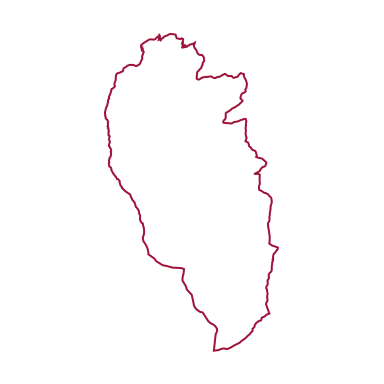 Bautar, Caras-Severin, Romania, rotated 13°
{"feature_id": "2599482B84127297992205", "entity_name": "Bautar", "entity_type": "district", "adm_level": 2, "iso_a3": "ROU", "parent_name": "Romania", "parent_adm1": "Caras-Severin", "projection": "orthographic", "projection_center": [22.618, 45.485], "detail": "fine", "context": "isolated", "style": "outline", "palette": "rose", "viewbox_px": 384, "rotation_deg": 13, "n_neighbors": 0, "source": "geoboundaries", "source_scale": "gbopen_adm2", "svg_char_len": 5905}
<svg xmlns="http://www.w3.org/2000/svg" viewBox="0 0 384 384"><g transform="rotate(13 192 192)"><path d="M257.8,146.5L252.9,143.7L248.2,143.7L246.6,143.3L247.0,142.0L245.0,138.3L244.1,137.7L241.8,137.4L240.5,136.8L239.1,135.3L237.6,134.8L236.2,132.0L235.6,131.2L232.7,130.5L233.0,126.7L232.2,125.8L231.4,124.0L230.8,121.6L230.6,119.2L229.8,117.8L229.7,115.1L229.1,113.1L229.1,110.9L228.2,109.4L227.9,108.7L226.4,109.0L225.8,109.6L223.8,110.6L220.8,112.9L217.2,114.4L215.3,116.3L207.9,117.4L207.2,117.4L206.6,116.9L206.7,115.5L207.9,113.5L208.1,112.5L208.0,111.3L207.2,108.2L207.2,107.4L210.6,104.1L212.4,101.6L214.9,99.6L218.1,96.2L220.8,92.0L220.4,91.3L218.3,90.2L217.9,88.0L218.4,85.1L220.6,83.3L221.7,82.0L220.9,80.3L221.6,78.3L221.5,77.0L221.2,75.9L221.4,74.7L219.4,70.9L216.4,67.6L216.2,65.6L212.7,65.2L211.1,67.7L210.6,69.3L207.2,71.3L206.0,71.2L204.6,70.1L200.9,70.9L198.9,69.9L197.5,69.5L195.8,70.8L192.7,73.7L190.8,74.2L189.1,75.8L187.1,75.9L184.6,75.0L180.6,76.6L179.8,76.6L177.0,77.8L175.2,79.1L174.4,80.1L173.2,81.0L171.4,80.8L170.7,79.6L170.8,78.5L170.5,77.9L170.4,75.6L170.1,74.4L170.4,73.4L171.2,72.4L171.7,71.1L173.2,69.0L173.1,67.5L173.7,65.8L173.4,64.7L173.5,64.1L173.7,62.8L174.4,61.8L174.0,60.3L173.0,57.8L171.1,56.3L168.5,56.7L166.5,55.9L164.1,52.6L162.1,51.0L161.3,49.8L160.7,48.5L161.2,46.4L161.2,45.9L159.8,47.3L156.7,48.9L155.7,50.1L155.0,50.5L154.5,51.5L150.1,53.5L149.8,53.1L150.0,52.4L151.3,52.4L151.7,51.6L152.3,51.0L152.4,50.6L152.1,50.5L151.0,50.8L150.4,50.4L150.2,50.7L149.7,50.6L149.6,50.3L149.8,50.1L149.5,49.5L149.3,49.3L149.1,49.6L148.9,49.6L149.0,48.6L149.5,48.4L149.4,47.5L149.0,46.8L148.9,45.0L148.0,45.1L147.5,44.6L145.8,45.7L142.5,45.6L140.5,42.3L135.0,42.9L132.4,45.2L130.2,46.6L129.0,48.5L127.8,49.6L127.4,51.2L126.7,50.8L126.2,49.7L125.8,50.9L125.5,51.1L125.6,50.4L125.4,50.1L125.5,49.3L125.8,49.1L126.0,48.5L125.3,46.7L124.9,46.4L124.9,47.1L123.4,48.7L123.1,49.5L122.9,49.5L121.5,51.7L120.5,52.1L117.5,52.5L115.9,53.2L110.7,58.4L110.2,59.5L109.5,60.1L109.4,60.9L110.2,62.3L110.0,62.5L110.3,62.8L110.5,62.7L110.4,63.0L111.0,63.3L110.8,63.4L111.2,63.4L111.2,63.8L110.8,63.7L110.9,64.0L111.0,64.0L111.2,64.5L111.8,64.6L111.5,65.1L111.9,65.2L112.1,65.3L112.0,65.6L113.0,65.8L113.3,66.7L113.5,66.8L113.2,67.6L113.2,68.9L112.8,70.7L113.5,72.9L113.4,74.1L112.9,75.8L112.7,77.5L112.1,79.5L111.8,79.6L110.4,81.1L109.1,81.9L107.7,81.8L106.9,81.4L105.9,81.5L102.8,82.1L101.0,83.2L100.0,84.3L99.8,84.8L97.7,86.6L97.4,88.3L97.5,89.3L97.2,90.2L95.8,91.0L95.0,91.8L92.5,93.2L92.2,93.6L91.7,95.4L91.7,96.1L92.0,97.1L92.0,98.3L92.3,99.0L92.4,101.0L92.0,103.4L92.1,104.4L93.0,106.0L93.1,106.5L91.8,108.6L90.4,109.9L90.6,111.4L90.4,111.7L90.5,113.7L90.2,114.6L90.1,116.0L89.7,117.7L89.8,118.6L90.3,119.5L89.7,120.6L89.6,121.9L89.8,122.4L89.7,122.5L90.0,123.0L89.8,125.4L90.0,126.6L89.9,127.4L89.6,128.0L89.3,130.3L89.3,133.9L89.7,135.5L90.2,136.2L90.2,137.4L90.5,137.5L91.0,138.2L91.3,139.0L91.4,139.8L93.3,140.8L94.6,142.8L94.4,143.6L95.1,145.4L95.0,147.1L95.5,147.2L95.8,147.7L95.9,148.1L95.7,148.5L95.8,149.0L96.5,149.3L96.7,150.5L97.4,151.3L97.1,153.0L97.7,154.0L98.0,155.1L97.9,155.3L99.1,156.0L99.3,156.4L99.1,156.8L99.1,158.0L99.6,160.2L100.7,161.4L100.8,162.4L100.5,163.6L100.6,164.9L100.5,165.3L100.6,165.8L101.6,166.3L102.1,167.3L103.1,168.1L103.5,169.0L104.0,169.7L104.0,170.3L103.7,170.9L104.5,172.6L104.8,174.1L104.6,175.1L104.7,176.2L103.9,177.5L104.2,178.6L103.9,179.9L104.7,181.4L104.8,181.8L104.6,182.2L104.5,182.9L105.1,184.0L105.5,185.6L107.8,186.7L108.3,187.7L108.3,188.3L109.0,189.5L109.7,190.0L110.9,191.6L112.1,192.4L113.3,193.6L114.7,194.5L115.8,196.1L117.0,196.1L119.0,197.6L119.3,198.0L119.2,198.7L119.9,200.1L120.4,200.6L120.7,201.6L122.5,202.9L123.0,204.0L124.3,204.6L125.4,205.5L125.6,205.4L127.0,206.3L132.0,208.2L132.7,208.7L133.0,209.7L135.2,212.4L135.4,212.9L138.6,215.2L138.9,216.4L139.6,217.1L140.5,219.0L142.0,219.9L143.5,221.3L144.6,222.6L145.3,224.8L146.8,226.7L147.5,230.4L147.7,230.9L148.2,231.4L148.9,232.6L149.5,233.1L151.2,233.8L151.8,235.5L153.1,237.7L154.3,241.4L154.7,243.9L154.3,247.5L155.6,250.7L158.9,253.8L161.3,256.9L163.3,261.1L163.5,262.5L170.2,265.3L172.8,267.5L179.8,269.9L184.6,269.8L189.6,270.1L198.5,268.6L200.6,268.7L201.6,268.9L202.1,273.2L202.0,277.4L202.7,280.5L207.0,284.9L208.0,286.4L208.7,288.0L214.9,292.3L218.1,299.0L219.5,302.3L221.9,304.8L223.9,305.8L226.8,307.0L228.7,306.9L229.9,307.3L236.9,314.2L239.7,315.7L242.1,316.2L244.6,317.3L246.4,318.9L247.2,319.9L247.8,321.7L247.1,325.4L249.0,341.7L253.3,340.1L255.4,338.6L258.2,337.2L261.1,337.2L261.8,337.0L264.4,335.1L267.4,332.2L272.3,328.2L273.6,326.3L277.2,322.1L278.7,319.5L280.1,317.8L281.1,315.6L282.2,314.1L282.2,313.6L281.7,312.0L283.2,309.3L283.1,307.8L283.9,305.3L286.3,302.6L288.1,301.6L288.2,301.0L288.2,299.2L288.5,298.6L290.8,297.0L291.3,296.0L292.4,294.6L294.7,293.1L294.0,292.3L293.5,291.1L289.4,284.8L289.3,283.4L289.9,281.3L289.9,280.1L288.7,277.3L288.6,274.8L288.3,273.5L287.6,272.0L286.8,269.9L286.0,269.2L285.8,268.2L285.8,267.6L286.4,265.4L286.5,264.4L285.5,261.3L286.2,259.2L286.3,258.3L285.7,256.8L285.4,254.9L285.8,253.7L286.9,252.0L287.3,250.3L286.4,246.2L286.3,244.0L286.0,243.0L286.2,242.2L286.0,241.5L286.4,240.4L286.3,240.0L285.7,239.6L286.1,238.5L285.5,236.8L285.5,234.0L286.9,232.0L287.4,230.0L288.3,228.8L288.2,226.8L285.1,226.4L282.2,226.2L278.8,224.8L278.8,222.9L277.7,217.6L276.8,215.7L275.8,212.7L275.1,211.4L274.8,210.1L274.0,209.0L273.7,207.4L273.2,206.1L273.1,205.4L273.8,202.8L273.8,201.8L273.0,198.6L273.0,196.5L272.5,195.2L272.5,191.8L271.8,188.1L272.1,184.1L270.8,180.4L270.0,179.5L268.1,178.4L266.9,177.3L264.0,176.4L262.8,176.6L259.4,175.3L256.9,174.7L256.0,171.7L256.2,168.9L256.1,167.8L255.1,165.0L254.1,159.8L251.7,159.4L250.4,160.1L249.2,160.1L249.3,159.7L250.6,158.9L253.2,156.4L253.7,154.6L254.8,152.2L256.7,151.0L257.6,150.0L257.9,147.0L257.8,146.5Z" fill="none" stroke="#9f1239" stroke-width="2"/></g></svg>